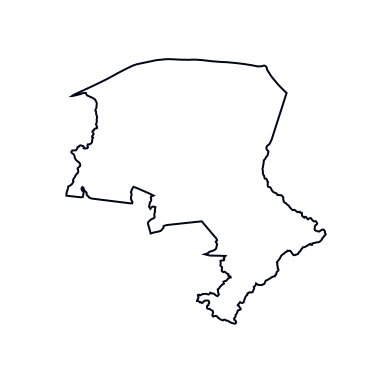 the district of Linhares, Espírito Santo, Brazil, rotated 252°
{"feature_id": "56859067B26973485406883", "entity_name": "Linhares", "entity_type": "district", "adm_level": 2, "iso_a3": "BRA", "parent_name": "Brazil", "parent_adm1": "Espírito Santo", "projection": "albers", "projection_center": [-40.123, -19.341], "detail": "fine", "context": "isolated", "style": "outline", "palette": "ink", "viewbox_px": 384, "rotation_deg": 252, "n_neighbors": 0, "source": "geoboundaries", "source_scale": "gbopen_adm2", "svg_char_len": 5972}
<svg xmlns="http://www.w3.org/2000/svg" viewBox="0 0 384 384"><g transform="rotate(252 192 192)"><path d="M257.0,312.6L259.0,311.4L264.1,308.8L267.6,307.1L273.0,304.9L277.4,303.2L284.4,301.4L285.7,301.2L287.1,301.5L288.6,301.1L289.9,299.9L290.1,298.5L290.0,297.2L291.1,293.4L294.3,287.6L297.6,281.1L300.9,274.0L304.7,265.2L306.7,259.8L310.3,251.1L314.0,243.1L316.6,236.7L317.9,232.9L318.8,229.3L319.7,227.1L320.6,224.2L322.4,219.3L323.6,216.3L324.2,214.3L324.9,212.9L326.1,209.1L326.8,206.4L327.0,205.1L327.9,201.3L328.4,198.9L330.5,179.4L330.5,175.4L330.2,172.7L329.4,166.7L328.0,158.2L326.4,150.0L325.5,144.8L323.6,131.2L321.0,109.7L320.4,107.6L320.1,108.8L319.7,114.9L319.6,116.6L319.8,118.0L319.5,119.9L319.0,121.7L317.5,121.7L316.3,122.1L312.1,126.7L310.1,128.3L307.2,128.9L305.6,128.8L301.6,127.1L300.6,126.1L299.4,125.2L298.1,125.6L295.5,124.9L293.7,125.0L292.6,124.9L290.5,123.8L288.2,123.2L287.1,122.5L286.2,121.7L285.1,121.6L283.4,121.9L282.0,121.2L282.3,119.9L281.9,118.4L281.0,117.7L280.9,116.5L280.0,115.9L278.7,116.3L277.6,116.4L276.9,115.7L276.3,114.6L275.4,114.0L274.3,114.7L273.1,113.5L271.4,112.8L270.1,112.1L269.3,110.8L269.0,109.1L269.5,107.8L268.4,106.8L266.7,106.9L266.0,105.9L266.4,104.9L266.3,103.8L267.1,102.5L268.1,103.1L269.1,102.8L270.7,100.7L270.8,99.3L270.1,98.5L270.2,97.1L269.1,96.7L267.5,94.5L268.5,90.9L267.5,89.6L266.5,89.6L264.3,91.1L263.2,91.4L260.8,91.1L259.7,91.2L258.2,91.7L256.8,92.4L255.0,93.8L253.9,94.1L252.6,94.2L251.2,93.5L250.5,91.7L249.8,90.5L247.0,90.3L245.5,89.4L245.0,88.2L244.0,86.7L242.6,85.3L240.8,83.1L239.6,82.3L238.6,82.5L237.5,81.4L236.7,80.4L236.0,78.8L235.3,75.8L234.2,75.4L232.8,74.5L231.4,73.4L228.7,71.8L227.3,71.4L221.3,84.7L221.0,86.7L225.2,88.9L226.7,88.4L228.0,87.8L229.7,88.1L230.6,89.3L229.3,90.1L228.2,89.9L226.8,90.1L224.1,91.5L221.6,91.0L220.8,91.6L218.5,92.5L216.8,94.5L200.3,129.8L199.7,131.6L201.0,132.3L203.2,131.8L204.6,131.9L206.2,132.5L208.3,133.8L209.5,134.0L210.7,133.8L211.5,134.6L212.7,135.3L215.0,137.9L213.1,140.4L205.0,149.6L200.5,154.3L200.3,151.6L199.4,151.1L197.8,151.0L196.4,150.5L195.7,149.8L195.2,148.7L193.7,148.1L192.5,147.3L191.2,146.6L188.8,147.2L190.2,149.2L190.2,150.6L188.9,152.5L186.4,151.2L185.0,150.8L183.9,150.2L182.6,149.3L181.4,148.9L180.4,148.9L179.4,148.5L178.9,147.3L178.6,144.7L178.2,143.6L176.8,141.0L175.5,140.3L166.7,140.0L165.3,139.8L165.3,143.2L164.8,146.8L164.7,150.3L166.6,153.6L168.4,154.5L168.4,157.7L161.1,192.2L139.9,200.9L138.2,200.9L137.5,199.3L134.5,199.7L130.9,197.5L130.1,196.4L129.7,193.9L129.7,189.9L129.2,188.9L128.9,187.9L128.8,186.7L128.8,184.9L125.9,189.7L122.7,199.0L120.8,204.0L119.4,201.8L117.9,201.9L117.1,201.1L117.7,199.4L117.7,197.8L114.8,197.1L113.5,196.3L112.6,196.4L111.4,197.3L110.0,197.0L109.1,196.4L107.9,195.9L106.1,197.0L106.2,198.2L105.5,199.0L104.3,199.5L102.5,201.3L101.3,200.6L100.5,201.4L99.7,202.5L98.7,202.3L98.8,200.2L96.9,196.9L97.1,195.6L97.0,194.3L96.0,194.0L94.9,194.0L94.8,193.0L94.4,191.8L93.2,189.4L92.5,188.6L91.8,187.6L91.4,186.3L90.3,186.3L88.7,185.9L87.4,185.8L86.3,185.9L85.6,185.0L85.1,184.0L86.3,182.8L88.8,181.1L89.6,179.3L90.6,178.2L89.7,177.2L89.4,176.0L90.8,173.9L91.1,172.8L91.7,170.3L91.3,169.0L91.2,167.7L92.2,166.9L92.1,165.7L89.5,165.5L88.4,164.7L87.8,163.7L86.8,163.1L86.4,164.2L85.6,164.9L84.7,165.3L84.6,166.3L83.5,166.8L83.5,168.1L84.6,170.0L84.6,171.3L83.8,173.8L82.4,174.4L80.9,174.0L80.2,172.9L79.3,172.6L79.0,171.1L77.7,170.6L76.4,170.6L75.8,171.4L75.3,172.7L74.3,173.3L72.5,175.0L70.9,174.9L69.1,173.6L68.0,173.2L67.0,173.7L67.0,175.8L66.6,176.8L65.7,177.5L64.7,177.8L63.1,178.9L62.2,179.5L61.1,180.7L60.3,182.1L60.7,183.3L60.1,184.2L59.1,184.8L58.6,186.2L56.3,188.1L55.1,189.4L53.8,191.5L53.5,192.8L54.3,193.7L55.6,193.7L56.7,193.4L57.6,192.7L58.7,192.9L59.9,194.7L60.7,195.3L61.8,195.6L62.5,196.9L63.5,197.8L64.6,198.4L65.3,199.6L65.0,200.7L65.4,202.0L66.6,202.2L67.9,201.5L69.1,201.3L70.2,200.5L72.4,203.7L71.4,204.5L70.9,205.8L71.1,207.0L73.6,208.7L74.7,209.7L75.5,210.2L76.4,211.3L77.1,212.8L78.4,213.3L78.5,214.6L78.9,215.7L78.1,217.5L78.0,218.7L79.5,219.8L80.6,221.0L81.6,221.5L82.7,221.4L83.1,222.8L84.0,224.0L85.2,224.7L83.7,225.9L82.8,226.9L82.5,228.3L81.8,230.0L82.3,231.1L82.2,232.4L84.3,234.1L85.0,235.0L84.9,236.3L85.6,238.5L85.7,240.1L86.4,241.4L86.4,243.7L86.3,244.9L87.2,245.5L87.5,246.5L89.5,247.7L90.1,248.5L90.6,249.9L92.0,250.3L93.0,249.9L94.9,250.6L96.1,250.4L97.5,251.1L99.0,251.0L99.5,252.0L101.8,255.2L103.6,256.9L104.3,258.0L104.9,260.2L105.7,261.8L106.0,263.5L106.7,264.8L106.1,265.7L105.9,267.0L105.0,267.6L103.2,268.1L100.7,269.0L100.2,269.9L100.3,272.3L100.2,273.5L101.9,275.5L102.3,276.8L103.4,277.8L105.2,280.6L104.8,281.7L105.1,284.1L106.2,288.2L105.0,288.9L104.7,290.0L105.9,290.6L105.6,294.7L105.3,296.1L105.2,297.4L105.4,298.4L105.9,299.6L106.5,300.6L107.6,301.6L108.3,302.9L109.3,304.0L109.6,305.1L110.6,306.2L112.1,305.8L113.5,306.2L114.8,306.0L115.9,305.0L115.9,303.5L115.1,300.8L115.6,299.6L117.1,297.7L117.9,297.1L118.9,297.1L121.3,298.3L122.2,299.1L122.6,300.7L123.5,301.4L124.9,301.1L126.1,300.6L126.3,299.0L127.6,298.0L130.5,296.9L130.7,295.4L130.2,293.8L131.3,293.2L132.7,292.9L133.5,291.9L132.9,290.9L133.9,290.1L135.5,289.3L138.3,290.0L138.9,288.6L139.9,288.4L140.2,286.1L143.4,284.0L143.7,282.1L144.8,281.4L145.8,281.0L146.6,280.5L149.4,279.6L150.8,278.5L152.3,277.9L153.3,276.8L154.6,276.3L157.6,276.7L158.9,277.2L160.2,276.6L161.3,275.9L162.8,272.3L164.3,272.1L166.3,269.9L167.4,269.0L168.8,268.5L171.9,268.1L172.7,267.4L173.1,266.3L174.1,265.9L175.5,266.2L176.9,266.7L177.9,267.4L178.7,266.9L180.1,267.1L181.6,266.8L182.2,265.4L183.4,265.3L185.0,265.6L186.5,265.2L187.6,265.1L190.3,266.0L191.4,266.0L192.4,266.3L194.3,267.5L195.5,267.9L196.5,268.7L197.4,268.9L198.5,269.6L199.8,270.0L201.0,272.0L202.0,272.9L202.7,273.8L203.2,275.0L204.4,275.8L205.6,276.4L206.5,277.1L207.5,277.1L208.8,276.3L209.9,276.2L211.3,276.5L212.5,277.5L213.3,279.5L213.9,280.8L217.3,284.0L257.0,312.6Z" fill="none" stroke="#020617" stroke-width="2"/></g></svg>